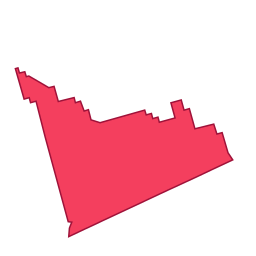 the district of Cleburne, Alabama, United States of America, rotated 74°
{"feature_id": "52423323B31234184486740", "entity_name": "Cleburne", "entity_type": "district", "adm_level": 2, "iso_a3": "USA", "parent_name": "United States of America", "parent_adm1": "Alabama", "projection": "natural_earth1", "projection_center": [-85.575, 33.717], "detail": "fine", "context": "isolated", "style": "filled", "palette": "rose", "viewbox_px": 256, "rotation_deg": 74, "n_neighbors": 0, "source": "geoboundaries", "source_scale": "gbopen_adm2", "svg_char_len": 783}
<svg xmlns="http://www.w3.org/2000/svg" viewBox="0 0 256 256"><g transform="rotate(74 128 128)"><path d="M191.2,59.3L187.5,36.1L179.4,38.7L158.4,38.8L158.3,44.2L147.9,44.5L147.2,63.9L126.3,63.7L126.3,69.2L115.7,69.1L115.6,79.8L131.3,80.0L131.1,96.3L125.8,96.2L125.8,101.6L120.5,101.5L120.4,106.9L115.4,107.0L115.2,153.4L110.0,161.3L99.5,161.0L99.6,165.5L89.1,166.3L89.2,171.6L83.9,171.4L83.3,187.7L67.6,187.6L67.4,193.0L50.7,209.0L50.6,211.6L45.5,211.7L45.2,217.2L39.9,217.2L39.9,219.9L71.6,219.9L71.6,214.6L76.8,214.7L76.9,209.0L113.7,210.1L201.6,211.3L203.0,208.0L208.1,211.9L216.1,214.9L213.2,197.4L212.9,195.2L210.6,181.0L210.2,178.7L205.9,151.6L200.1,115.6L199.1,109.0L198.7,106.7L194.3,78.2L194.0,76.2L191.2,59.3Z" fill="#f43f5e" stroke="#9f1239" stroke-width="1.5"/></g></svg>